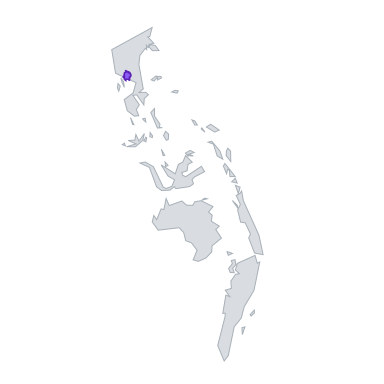 Waropen, Papua, Indonesia (highlighted), rotated 241°
{"feature_id": "22746128B12986554349068", "entity_name": "Waropen", "entity_type": "district", "adm_level": 2, "iso_a3": "IDN", "parent_name": "Indonesia", "parent_adm1": "Papua", "projection": "albers", "projection_center": [136.631, -2.729], "detail": "fine", "context": "in_parent", "style": "filled", "palette": "violet", "viewbox_px": 384, "rotation_deg": 241, "n_neighbors": 0, "source": "geoboundaries", "source_scale": "gbopen_adm2", "svg_char_len": 6182}
<svg xmlns="http://www.w3.org/2000/svg" viewBox="0 0 384 384"><g transform="rotate(241 192 192)"><path d="M132.1,160.1L138.6,168.2L147.8,166.9L152.5,162.9L160.7,165.1L167.0,163.4L175.0,143.9L185.1,142.7L190.0,147.2L184.9,147.7L192.2,156.8L190.3,158.9L198.9,166.2L191.2,165.5L189.0,178.8L183.2,180.8L180.0,186.1L182.1,189.8L180.0,195.7L169.1,203.3L166.4,196.7L161.9,198.4L157.1,194.7L148.9,199.3L147.6,194.6L137.4,195.4L135.2,183.4L130.0,180.2L127.5,172.0L128.3,163.9L132.1,160.1ZM28.6,138.2L45.3,140.1L67.2,160.7L69.9,162.3L70.9,160.1L85.4,171.6L82.1,174.3L90.0,173.5L88.6,179.7L95.2,182.8L98.9,190.2L97.6,193.8L102.8,192.1L107.6,197.1L106.0,216.4L98.1,214.6L97.9,217.3L75.9,198.5L66.4,182.1L57.9,174.0L53.6,163.5L31.4,144.5L28.6,138.2ZM355.4,190.8L355.2,236.9L348.4,230.4L349.2,228.5L340.5,230.7L341.9,226.1L339.5,223.7L340.3,223.3L341.7,223.5L342.5,223.3L338.5,221.4L340.3,220.9L336.6,212.5L329.1,207.3L305.7,199.3L304.7,193.9L301.6,199.9L298.2,201.0L297.0,195.6L291.5,192.1L303.7,190.8L305.3,187.1L293.8,188.2L291.1,183.3L284.5,182.4L286.3,178.3L294.4,174.8L305.7,177.5L307.2,188.6L314.8,196.1L332.9,182.7L355.4,190.8ZM240.9,165.6L232.9,170.5L210.3,169.2L207.6,171.1L206.7,177.0L211.1,182.7L217.5,178.8L230.7,178.2L216.0,186.2L222.8,193.5L222.6,198.5L227.0,204.0L218.0,206.7L218.1,201.9L212.9,198.0L214.0,192.5L211.1,191.9L208.4,194.0L209.9,212.7L203.7,212.9L204.0,201.7L202.8,198.0L198.5,197.3L197.9,192.5L202.8,179.5L205.2,179.2L204.3,173.7L208.0,166.1L213.8,163.5L234.1,166.7L242.5,160.6L240.9,165.6ZM108.3,217.1L124.3,219.3L126.9,222.8L139.3,223.6L142.1,219.9L154.2,223.2L157.7,228.3L167.5,229.0L167.5,233.4L168.9,235.9L159.4,232.7L121.7,229.6L102.7,223.8L108.3,217.1ZM261.2,166.4L268.0,161.2L265.0,167.2L269.5,170.8L262.3,170.3L266.2,178.7L261.0,174.1L259.0,164.4L263.3,156.8L261.2,166.4ZM264.7,192.8L281.5,194.5L283.2,199.7L276.4,196.0L267.0,196.9L264.2,194.8L262.6,197.3L264.7,192.8ZM226.8,233.9L214.5,236.3L205.8,234.8L211.4,231.5L223.5,234.0L227.7,230.3L226.8,233.9ZM191.2,231.1L199.5,232.0L201.0,234.6L184.5,237.3L187.1,232.7L192.8,235.2L194.7,234.2L191.2,231.1ZM241.9,236.1L242.2,241.2L233.0,245.8L233.4,240.9L241.9,236.1ZM107.3,186.9L109.7,192.5L113.0,193.2L112.0,196.8L107.2,195.2L105.6,190.6L100.9,189.8L103.1,186.4L107.3,186.9ZM338.0,230.9L331.7,231.7L334.8,225.9L339.7,224.7L341.2,226.8L338.0,230.9ZM207.3,239.5L211.1,241.9L212.9,244.6L209.1,245.6L199.9,240.7L207.3,239.5ZM255.2,194.4L257.9,198.3L254.0,199.6L249.5,196.8L249.7,194.6L255.2,194.4ZM168.0,231.7L176.8,233.2L172.9,236.4L168.0,231.7ZM181.7,231.7L183.1,236.5L177.9,235.9L181.7,231.7ZM122.9,193.8L118.7,197.6L119.0,193.0L122.9,193.8ZM309.9,210.7L311.0,216.9L309.0,217.2L307.4,212.7L309.9,210.7ZM165.0,223.2L158.4,225.2L155.5,224.2L165.0,223.2ZM229.2,205.1L229.3,210.6L225.5,213.0L226.9,205.6L229.2,205.1ZM42.9,166.9L49.1,169.9L48.4,172.9L42.9,166.9ZM58.5,189.2L56.0,188.0L54.8,183.5L56.6,183.4L58.5,189.2ZM287.1,229.0L285.7,226.8L289.3,222.8L289.2,226.4L287.1,229.0ZM279.9,172.8L286.9,174.3L279.1,173.8L279.9,172.8ZM237.8,184.4L244.2,185.9L237.2,185.9L237.8,184.4ZM226.3,207.8L222.9,210.6L225.8,205.6L226.3,207.8ZM315.7,176.8L319.3,177.3L322.7,179.9L319.4,180.6L315.7,176.8ZM255.1,226.9L252.8,228.9L248.0,229.2L249.2,226.9L255.1,226.9ZM309.7,217.9L308.2,220.8L306.6,220.7L306.7,216.2L309.7,217.9ZM264.3,184.2L260.1,184.7L258.9,183.7L260.7,181.9L264.3,184.2ZM316.3,183.5L321.5,183.9L326.4,185.0L321.7,185.6L316.3,183.5ZM227.0,181.2L231.3,183.0L226.9,184.0L227.0,181.2ZM267.5,156.6L264.6,156.1L267.3,154.0L267.5,156.6ZM238.0,232.4L242.7,230.6L243.3,231.7L238.0,232.4ZM279.9,184.3L279.2,186.8L275.6,185.6L277.4,184.8L279.9,184.3ZM180.5,200.2L178.7,202.0L180.1,196.6L180.5,200.2ZM260.1,174.7L262.3,178.2L261.5,178.7L258.2,176.0L260.1,174.7Z" fill="#d9dde1" stroke="#a8b0b8" stroke-width="1"/><path d="M326.3,195.2L326.4,194.9L326.5,194.9L326.8,194.9L327.0,194.8L327.1,194.7L327.1,194.8L327.2,194.7L327.2,194.8L327.4,194.8L327.5,194.8L327.5,194.7L327.7,194.8L327.8,194.7L328.1,194.4L328.1,194.5L328.2,194.4L328.3,194.4L328.5,194.2L328.4,194.1L328.2,194.0L328.6,193.9L328.9,193.7L329.0,193.6L329.7,193.3L329.9,193.2L329.7,193.0L329.8,193.0L329.7,193.0L329.8,192.9L329.7,192.9L329.8,192.9L329.7,192.9L329.7,192.7L329.5,192.4L329.4,192.4L329.2,192.4L329.1,192.2L329.1,191.9L328.9,191.8L329.1,191.6L329.0,191.3L329.0,191.0L329.0,190.9L329.0,190.7L328.8,190.5L328.7,190.5L328.5,190.4L328.4,190.3L328.3,190.2L328.2,190.2L328.0,189.9L327.9,189.9L327.7,189.8L327.5,189.6L327.4,189.6L327.4,189.4L327.2,189.4L326.9,189.4L326.8,189.2L326.7,189.2L326.6,188.9L326.6,189.0L326.6,188.9L326.6,188.7L326.5,188.4L326.4,188.3L326.4,188.2L326.2,188.1L326.1,187.9L326.1,188.0L326.0,187.9L325.9,187.8L325.9,187.7L325.9,187.8L325.8,188.0L325.8,187.9L325.7,188.0L325.7,187.9L325.6,188.0L325.4,188.1L325.5,188.2L325.5,188.3L325.4,188.2L325.4,188.3L325.5,188.3L325.4,188.4L325.3,188.2L325.1,188.0L324.9,188.1L324.7,188.2L324.3,188.2L324.2,188.1L324.3,188.1L324.2,188.1L324.1,187.9L324.2,187.7L324.2,187.8L323.9,188.0L323.8,187.9L323.7,187.7L323.6,187.8L323.3,187.9L323.2,187.8L322.9,187.9L322.8,188.0L322.7,188.1L322.5,188.3L322.4,188.4L322.5,188.6L322.5,188.8L322.5,189.0L322.4,189.1L322.2,189.3L322.1,189.6L322.1,189.8L322.1,190.0L322.0,190.3L321.9,190.4L321.6,190.7L321.5,190.8L321.4,190.9L321.1,191.0L320.9,191.1L321.0,191.1L320.9,191.1L320.5,191.2L320.4,191.2L320.3,191.3L320.2,191.3L320.2,191.5L320.4,191.7L320.4,191.8L320.5,191.8L320.8,191.7L320.9,191.8L320.9,191.7L321.0,191.7L321.0,191.9L321.0,192.0L321.3,192.0L321.5,192.1L321.6,192.3L321.8,192.3L321.8,192.5L321.8,192.4L321.9,192.5L321.9,192.4L321.9,192.5L322.0,192.6L321.9,192.6L322.0,192.7L322.1,192.8L322.3,192.9L322.4,193.0L322.4,192.9L322.4,193.1L322.6,193.1L322.5,193.3L322.5,193.5L322.6,193.8L322.8,193.8L322.9,194.0L323.1,194.0L323.2,194.3L323.2,194.5L323.2,194.8L323.3,194.8L323.5,195.1L323.8,195.1L324.0,195.2L324.1,195.3L324.2,195.2L324.3,195.2L324.5,195.2L324.6,195.3L324.8,195.3L325.0,195.4L325.2,195.5L325.4,195.5L325.5,195.4L325.6,195.5L325.7,195.4L325.8,195.5L326.0,195.4L326.3,195.2L326.3,195.2ZM322.0,188.0L321.9,187.9L321.8,188.0L322.0,188.0L322.0,188.0ZM325.5,188.2L325.4,188.1L325.5,188.2Z" fill="#8b5cf6" stroke="#5b21b6" stroke-width="1.5"/></g></svg>